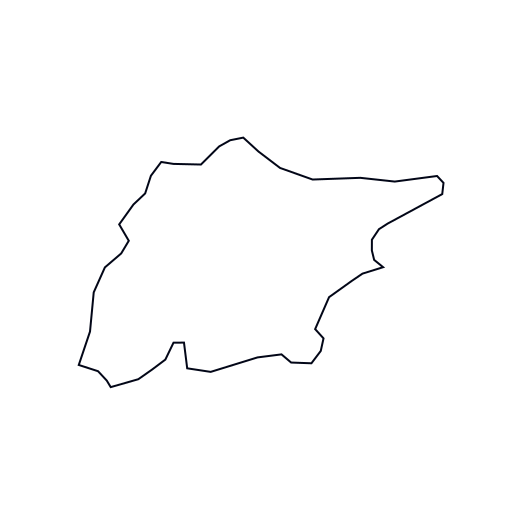 outline of Momo, Nord-Ouest, Cameroon, rotated 74°
{"feature_id": "32672807B23500574999001", "entity_name": "Momo", "entity_type": "district", "adm_level": 2, "iso_a3": "CMR", "parent_name": "Cameroon", "parent_adm1": "Nord-Ouest", "projection": "equal_earth", "projection_center": [9.833, 6.013], "detail": "fine", "context": "isolated", "style": "outline", "palette": "ink", "viewbox_px": 512, "rotation_deg": 74, "n_neighbors": 0, "source": "geoboundaries", "source_scale": "gbopen_adm2", "svg_char_len": 798}
<svg xmlns="http://www.w3.org/2000/svg" viewBox="0 0 512 512"><g transform="rotate(74 256 256)"><path d="M222.7,102.1L209.6,134.2L198.1,180.5L178.0,208.6L156.3,224.8L138.7,235.6L137.6,248.9L140.5,261.2L152.9,283.7L144.7,310.0L139.5,321.2L149.9,334.9L165.3,345.3L172.7,359.6L187.9,378.8L206.3,374.1L216.4,384.9L225.3,404.4L246.2,422.0L282.9,436.4L311.9,456.4L323.2,439.6L334.6,433.8L342.0,431.8L342.0,403.1L336.6,387.4L330.6,371.7L316.6,359.2L319.4,349.1L345.0,353.1L354.9,331.5L354.8,326.5L353.9,282.5L357.6,258.6L368.1,251.6L374.4,232.3L365.1,219.9L353.8,213.8L342.6,219.3L315.7,197.1L306.3,170.7L302.3,158.5L301.8,136.9L295.3,141.4L292.3,143.5L282.6,143.1L272.3,140.1L264.1,130.4L261.1,120.4L247.8,59.9L237.4,55.6L229.0,59.9L222.7,102.1Z" fill="none" stroke="#020617" stroke-width="2"/></g></svg>